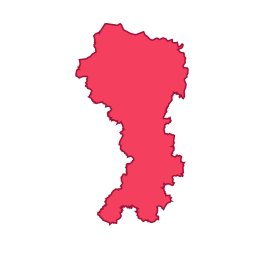 outline of Arteaga, Michoacán, Mexico, rotated 287°
{"feature_id": "50627088B17645051575060", "entity_name": "Arteaga", "entity_type": "district", "adm_level": 2, "iso_a3": "MEX", "parent_name": "Mexico", "parent_adm1": "Michoacán", "projection": "robinson", "projection_center": [-102.407, 18.388], "detail": "fine", "context": "isolated", "style": "filled", "palette": "rose", "viewbox_px": 256, "rotation_deg": 287, "n_neighbors": 0, "source": "geoboundaries", "source_scale": "gbopen_adm2", "svg_char_len": 5870}
<svg xmlns="http://www.w3.org/2000/svg" viewBox="0 0 256 256"><g transform="rotate(287 128 128)"><path d="M225.4,90.0L223.1,87.9L221.4,76.9L220.8,75.6L213.1,73.5L212.0,72.7L211.7,73.2L211.1,72.7L210.0,72.8L210.3,71.6L208.8,69.8L207.0,68.6L205.9,68.4L204.5,69.7L203.7,69.8L202.7,70.7L201.7,70.5L200.3,71.8L199.7,71.1L198.9,71.7L198.1,71.7L197.8,71.2L197.1,71.4L196.0,72.0L195.2,73.4L191.4,75.2L187.8,72.0L185.4,71.2L183.5,69.0L182.0,68.1L179.1,61.5L176.2,63.2L173.8,63.8L173.1,63.3L172.3,63.8L171.6,62.6L171.0,63.3L169.9,63.3L169.7,63.8L169.4,62.7L167.9,62.1L163.3,62.7L162.6,63.5L162.3,65.4L161.6,66.7L164.1,69.7L165.4,73.8L164.5,74.6L162.5,74.2L161.6,75.2L158.7,74.4L158.3,75.8L157.4,76.2L156.4,75.1L155.7,75.2L155.3,75.8L155.3,77.2L154.2,77.8L154.2,80.5L153.3,82.5L150.3,82.2L149.3,82.8L148.2,81.8L146.9,81.8L146.3,81.3L145.8,84.1L144.9,84.8L144.7,85.6L144.2,85.6L144.3,86.1L143.3,86.5L143.1,88.8L142.3,88.4L142.3,90.8L143.3,91.7L143.4,92.5L145.6,96.0L144.2,97.3L144.4,99.3L144.0,100.3L141.8,100.5L143.4,103.3L143.3,104.3L143.0,105.1L142.3,105.3L141.0,106.8L139.2,106.2L137.4,104.4L137.0,105.1L136.3,104.3L136.0,105.1L135.3,104.6L134.3,104.9L133.8,105.8L134.2,106.4L133.7,106.0L133.8,106.7L133.1,106.7L132.5,107.4L132.8,108.4L132.2,107.9L132.0,108.4L131.0,108.4L131.6,109.2L131.0,109.4L131.2,110.2L130.5,110.3L130.9,110.6L130.8,111.3L131.4,111.1L131.7,111.7L131.0,114.3L131.7,115.6L130.7,115.8L130.1,116.7L129.1,116.5L130.0,117.3L130.1,118.2L131.9,119.6L130.2,120.4L130.3,121.4L126.4,123.6L125.8,123.3L125.4,124.7L124.8,123.8L123.9,123.8L121.4,121.8L120.5,122.8L120.8,123.7L119.6,125.4L112.8,124.2L109.6,124.4L109.2,126.3L105.8,126.9L105.1,127.7L105.1,128.6L104.3,129.0L104.2,130.8L103.7,131.9L103.0,132.2L103.0,133.5L102.3,134.3L101.9,134.2L101.7,135.3L100.9,135.8L100.9,136.4L100.2,136.3L102.0,138.8L101.4,141.2L100.0,142.5L98.7,142.9L98.2,142.1L96.6,142.0L96.4,141.3L95.0,141.0L94.4,140.2L94.4,139.5L93.5,139.1L93.9,138.4L93.5,137.7L93.2,137.9L92.2,137.2L91.2,137.8L90.3,137.6L90.6,138.1L89.4,138.0L88.0,138.9L87.2,138.8L86.4,139.4L85.6,139.2L84.4,140.4L83.2,140.4L82.4,139.8L83.1,139.4L82.7,137.4L81.4,136.6L79.9,136.7L78.9,135.9L75.5,137.3L74.0,138.9L72.4,138.9L70.8,138.0L70.4,138.5L69.9,138.4L70.0,139.0L69.7,138.6L69.5,139.2L68.5,139.6L68.0,139.4L66.8,136.9L66.0,136.9L66.3,135.7L65.9,133.9L65.1,133.7L64.1,132.6L61.0,131.4L59.4,131.6L57.9,129.7L57.0,130.2L53.8,127.5L53.4,128.3L52.4,128.5L52.4,128.2L50.7,127.5L50.6,128.2L49.0,129.2L48.7,129.9L47.9,129.6L47.4,128.4L46.9,128.8L46.8,128.0L45.9,127.8L45.3,127.0L44.4,127.6L43.6,126.8L43.0,127.3L42.8,126.2L41.9,125.7L41.1,126.0L40.1,125.3L38.9,125.8L38.5,124.1L36.3,124.5L35.7,127.3L34.9,127.2L34.7,128.3L33.7,129.2L33.6,130.5L32.6,131.0L32.1,137.1L31.6,138.4L30.5,138.8L32.4,140.0L33.2,141.1L33.4,141.7L32.9,142.1L33.4,142.9L33.6,144.9L36.9,144.1L38.8,146.3L40.4,147.0L42.0,147.1L44.8,145.2L45.6,146.6L46.3,146.7L47.2,146.0L47.9,146.9L49.0,145.5L49.3,144.3L49.7,144.9L50.3,144.7L50.3,146.0L51.4,145.2L51.9,145.4L52.1,146.0L51.4,146.6L51.5,147.7L52.8,148.4L53.0,149.1L51.7,150.7L53.0,151.4L52.0,152.0L51.9,152.7L52.3,153.1L53.5,152.9L53.8,153.5L53.3,154.1L52.3,154.0L52.2,154.6L52.9,155.1L54.7,154.1L55.2,154.7L54.3,157.2L54.3,158.7L53.8,159.4L54.2,159.9L53.9,161.4L52.3,160.4L51.0,160.8L50.4,159.6L49.9,160.5L50.4,162.0L48.7,161.9L47.9,162.6L47.2,162.3L46.5,163.9L45.1,164.1L44.7,166.1L45.2,167.7L43.8,168.5L43.2,170.0L45.4,171.9L45.0,173.0L45.7,173.9L45.4,174.4L44.4,174.6L44.9,175.9L44.5,177.9L46.2,180.4L49.3,182.2L49.3,183.9L51.8,183.3L51.8,182.8L52.4,182.6L52.1,181.6L53.2,180.0L55.8,180.7L59.9,179.8L60.9,178.6L62.6,180.2L62.8,181.4L62.5,183.0L61.6,183.6L60.5,185.8L64.1,186.4L67.6,187.6L69.8,190.1L70.7,190.1L70.9,190.8L71.1,190.1L72.1,189.6L73.1,189.5L73.9,189.9L74.1,188.3L75.9,187.7L74.4,183.9L76.0,183.4L76.6,182.7L76.4,182.2L78.0,181.9L78.5,180.7L80.5,180.1L80.7,178.0L82.2,180.0L85.3,178.6L84.7,180.7L85.6,181.1L86.6,183.7L86.1,187.1L86.4,187.7L89.1,188.3L89.2,187.8L88.7,187.5L89.1,186.4L92.0,186.2L93.7,184.6L95.0,184.9L96.0,186.2L96.2,187.9L96.8,188.8L97.4,188.9L96.9,191.9L98.2,193.5L97.8,194.1L98.3,194.5L100.0,193.5L99.5,193.0L99.7,192.2L101.4,194.0L106.6,191.9L108.4,192.3L109.2,191.3L111.4,192.0L110.9,190.9L111.3,189.2L111.1,188.4L115.3,187.4L116.0,187.8L116.5,187.0L116.7,185.2L115.7,184.5L116.5,183.0L115.9,182.2L115.1,182.4L113.9,181.5L114.5,177.7L116.1,177.1L116.7,177.4L116.7,178.0L118.4,177.6L120.5,178.4L123.1,177.6L123.1,175.2L124.1,176.6L126.7,176.1L127.3,176.6L128.8,175.4L134.3,174.6L134.7,173.4L134.4,172.8L134.7,169.3L133.3,167.9L134.0,166.9L133.2,165.0L137.3,162.7L138.9,162.7L139.3,163.1L140.0,162.6L141.8,162.4L142.8,163.2L143.6,162.9L144.0,165.4L145.7,166.1L146.0,166.7L146.7,166.5L147.4,167.0L148.5,165.9L150.2,165.2L149.2,164.6L149.3,164.0L148.6,163.6L147.5,159.1L148.0,158.6L152.0,159.4L152.4,159.0L154.8,160.3L155.4,160.1L155.4,158.8L157.5,159.5L158.0,158.9L158.9,159.2L159.0,159.7L159.7,159.3L160.5,160.1L163.2,159.9L163.5,160.4L167.5,161.9L171.5,160.4L171.9,161.2L174.1,161.2L174.7,162.3L175.5,161.4L175.7,163.4L176.3,164.2L175.7,164.3L175.4,165.4L174.9,164.4L174.6,164.4L175.2,166.2L174.8,167.3L175.1,168.0L174.2,168.4L172.9,167.9L172.4,168.5L174.6,169.5L172.5,171.4L172.3,172.2L174.5,172.8L179.5,170.9L183.7,171.2L186.8,170.7L190.2,167.9L191.7,167.8L194.0,169.3L195.6,168.7L197.7,169.2L201.9,168.1L202.7,167.1L201.9,163.7L202.8,162.6L203.5,162.4L207.2,163.6L209.8,162.5L211.6,162.7L213.1,160.7L215.7,159.8L216.1,159.1L215.6,156.1L217.6,152.6L220.2,155.9L222.6,156.5L224.0,156.1L224.1,155.1L221.6,154.0L220.2,152.4L224.3,150.1L223.3,148.5L222.7,145.7L223.3,145.0L225.2,144.8L225.5,144.2L222.6,140.5L224.2,138.4L224.4,135.2L221.9,132.4L221.8,131.8L222.5,130.4L222.1,128.8L219.3,126.1L219.0,124.7L219.4,122.7L221.1,119.9L222.0,117.0L224.6,114.8L219.5,108.2L219.0,103.4L220.5,95.1L224.8,91.4L225.4,90.0Z" fill="#f43f5e" stroke="#9f1239" stroke-width="1.5"/></g></svg>